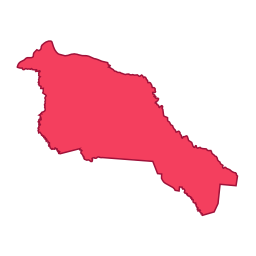 Esquina, Corrientes, Argentina (Albers equal-area conic projection), rotated 85°
{"feature_id": "61730980B30976551851614", "entity_name": "Esquina", "entity_type": "district", "adm_level": 2, "iso_a3": "ARG", "parent_name": "Argentina", "parent_adm1": "Corrientes", "projection": "albers", "projection_center": [-59.269, -29.952], "detail": "fine", "context": "isolated", "style": "filled", "palette": "rose", "viewbox_px": 256, "rotation_deg": 85, "n_neighbors": 0, "source": "geoboundaries", "source_scale": "gbopen_adm2", "svg_char_len": 5816}
<svg xmlns="http://www.w3.org/2000/svg" viewBox="0 0 256 256"><g transform="rotate(85 128 128)"><path d="M185.4,23.1L184.3,24.0L182.9,24.1L182.0,24.8L181.6,26.3L180.3,28.4L178.4,30.3L176.8,33.4L175.8,34.1L175.6,34.8L175.7,35.2L176.4,36.3L175.8,37.1L174.9,37.2L173.5,36.7L171.8,38.9L169.8,39.5L169.1,40.5L167.7,41.5L165.6,41.8L164.1,42.6L163.5,43.9L162.2,44.8L161.1,46.2L159.9,46.8L159.3,46.8L157.7,47.4L157.5,49.9L157.1,50.9L155.9,51.6L155.6,52.0L155.0,55.5L154.3,57.3L153.6,57.8L153.7,58.8L154.2,60.2L153.5,61.3L153.0,61.5L151.8,61.5L151.6,61.8L151.5,62.1L151.8,62.5L153.1,63.3L153.0,64.0L151.8,64.8L147.9,65.8L145.7,68.7L142.0,69.5L141.0,70.1L141.0,70.8L141.5,72.1L141.5,73.7L142.8,74.5L142.8,74.9L142.1,75.4L140.2,75.5L138.2,76.7L137.1,76.6L136.0,77.3L135.7,77.6L135.6,78.1L136.2,79.7L136.3,80.4L134.2,81.1L132.9,82.2L131.5,82.9L129.6,83.4L128.5,85.1L125.7,86.2L124.6,87.6L123.9,87.9L121.2,87.7L120.7,88.4L119.8,90.3L118.9,91.4L112.5,91.7L111.3,92.3L110.9,92.3L110.2,91.7L109.8,91.6L109.0,91.9L108.7,92.6L108.9,93.1L109.3,93.2L109.7,94.3L110.3,94.9L110.2,95.1L109.8,95.4L108.1,95.6L107.1,97.2L105.9,97.3L105.5,98.6L104.8,98.5L103.4,96.0L101.7,95.0L100.9,95.6L100.9,96.5L101.1,96.9L100.5,97.6L100.5,98.0L100.0,98.2L99.3,97.6L98.9,97.8L99.1,99.0L98.9,99.3L97.9,98.6L97.4,98.6L97.0,99.4L96.6,99.6L96.2,100.3L94.7,100.3L94.6,99.8L95.0,98.4L94.7,97.7L94.2,97.4L92.7,97.8L91.5,97.5L90.8,97.8L90.1,98.5L89.8,100.3L87.3,100.7L85.1,101.7L84.5,102.6L84.6,104.1L84.2,104.3L82.3,104.4L81.8,104.8L81.5,105.4L80.5,105.5L79.1,106.1L78.6,107.1L79.1,108.1L77.6,108.7L76.5,109.6L76.4,109.9L77.4,111.5L77.5,112.0L77.3,112.5L75.9,114.0L75.9,116.9L75.2,118.7L75.4,119.6L75.2,121.3L74.3,122.5L74.5,122.8L74.2,124.0L74.5,126.0L73.8,127.8L73.2,128.8L73.1,129.5L71.9,131.2L71.7,133.4L70.4,135.2L70.2,136.4L68.5,137.7L66.0,141.1L65.6,142.1L65.1,141.5L64.8,140.7L64.4,140.3L63.8,140.8L63.7,141.8L63.4,142.1L61.1,142.6L59.2,148.3L57.3,151.9L56.4,154.0L55.9,155.7L53.1,160.8L52.4,163.0L51.9,167.3L50.7,171.0L50.2,172.1L49.5,175.0L49.6,178.0L50.4,181.4L50.6,184.4L48.6,190.0L48.1,191.0L46.4,192.6L43.6,194.2L40.5,195.2L36.4,196.1L35.4,196.4L34.7,197.2L34.5,199.5L35.2,202.2L36.2,204.0L38.0,206.5L39.4,207.3L40.9,207.6L42.0,208.1L43.0,209.5L43.1,210.2L42.1,212.0L44.8,215.1L46.0,215.7L48.6,216.2L49.3,217.2L49.5,218.4L49.2,222.1L49.5,223.3L51.3,225.7L52.8,229.5L53.8,230.8L55.0,231.8L57.3,232.9L57.9,232.9L58.9,230.2L59.1,228.2L60.0,228.0L60.7,227.3L60.7,226.2L59.9,224.8L60.0,224.2L60.6,223.3L60.5,221.7L61.0,220.0L60.5,219.5L60.4,218.9L60.7,218.5L61.4,218.4L61.9,216.2L62.0,214.0L62.7,213.9L63.4,215.0L63.7,214.8L63.3,213.7L63.8,212.7L63.2,211.4L63.5,210.8L64.1,210.7L64.8,211.6L65.6,212.2L66.5,212.1L68.1,212.4L69.3,211.0L69.9,212.0L70.2,212.3L71.2,212.3L71.8,212.8L73.6,212.6L74.6,213.4L75.1,212.7L75.5,212.6L76.4,213.3L77.2,212.8L78.0,212.8L78.9,211.0L81.0,211.5L81.2,210.1L81.1,208.9L82.0,209.1L84.1,209.2L85.6,209.9L86.7,208.5L87.2,208.2L87.5,207.4L88.8,206.7L90.4,208.0L91.1,208.2L92.1,207.8L93.8,208.0L94.2,208.4L96.4,208.3L97.1,209.1L97.8,208.9L98.5,209.1L98.8,208.8L99.6,209.0L100.2,208.9L100.4,209.2L101.2,208.9L102.8,208.9L103.6,209.4L104.4,210.6L104.9,212.5L105.6,213.0L106.3,212.8L106.1,213.7L106.7,214.1L107.4,215.4L107.7,214.6L108.3,214.3L108.8,214.4L109.7,213.9L110.1,214.6L110.6,214.6L111.1,213.8L111.7,213.7L112.2,213.9L112.4,214.4L111.4,215.1L111.6,215.7L111.9,216.0L113.3,216.3L113.8,216.9L114.1,216.9L114.3,216.7L114.2,216.2L113.7,215.9L113.9,215.7L114.7,215.8L114.8,216.2L115.6,216.1L116.1,216.5L116.7,216.5L116.7,216.2L116.4,216.0L116.3,215.4L116.7,215.0L117.4,215.3L117.9,216.3L118.4,216.7L119.8,216.7L120.1,217.5L121.0,217.6L121.6,217.0L121.9,217.0L122.8,217.8L124.0,217.4L125.1,217.4L125.0,216.9L124.6,216.3L124.7,215.9L126.2,215.2L126.7,214.7L127.6,214.7L127.7,213.9L128.6,213.7L128.6,212.9L128.9,213.0L129.4,212.5L130.2,212.7L130.3,212.3L129.8,212.4L129.8,212.1L130.2,211.8L130.1,211.4L130.3,211.2L130.8,211.3L131.0,211.7L131.9,211.5L131.8,210.2L132.6,210.0L132.8,210.5L133.4,210.6L133.6,210.8L134.1,210.6L133.7,210.1L133.7,209.6L134.4,208.8L135.7,209.0L135.8,207.6L137.2,207.6L137.4,208.3L137.7,208.2L138.3,208.5L138.6,208.0L139.2,208.2L139.2,207.5L141.0,207.2L141.1,206.9L142.4,206.1L142.0,205.3L142.5,205.1L142.4,204.4L142.7,203.1L141.5,202.4L141.6,202.1L142.4,201.8L142.3,201.0L142.5,200.5L142.9,200.4L142.9,200.8L143.4,200.8L144.9,200.2L144.7,199.7L144.9,199.5L144.8,199.1L145.4,198.4L145.6,199.0L146.3,198.6L146.4,199.4L147.3,199.2L147.4,198.8L147.0,198.6L147.7,197.8L144.4,178.0L144.6,178.2L145.5,178.1L145.6,177.2L145.9,177.0L145.8,176.6L146.4,175.9L146.7,176.0L146.7,176.3L147.2,176.8L148.8,177.1L149.7,176.3L151.6,175.3L152.5,175.1L152.4,174.8L152.6,174.6L153.3,174.4L154.1,174.6L154.3,174.3L154.9,174.3L155.3,174.1L156.5,171.7L156.2,170.5L156.6,169.6L158.2,167.8L158.2,166.8L157.4,166.3L156.7,166.5L156.2,166.1L155.2,166.5L155.0,166.3L154.6,164.3L155.1,163.9L155.3,163.2L155.2,161.9L154.5,161.2L154.2,160.0L154.3,159.5L154.7,159.2L154.8,158.6L155.2,157.5L155.2,156.1L163.4,106.2L176.0,102.5L176.8,98.5L181.0,99.0L182.8,98.3L184.8,97.2L186.2,95.8L191.2,88.4L192.7,87.1L194.2,86.5L195.2,82.6L191.2,81.8L191.7,79.2L192.6,79.3L193.6,78.8L193.4,77.8L194.4,77.1L195.4,76.8L196.8,77.5L197.0,77.2L197.8,77.0L198.3,75.2L198.8,74.7L199.1,74.6L199.4,75.2L200.5,74.4L201.0,73.8L200.9,73.2L201.7,72.8L201.9,71.6L203.2,71.5L203.0,70.9L203.4,70.5L204.9,70.7L205.1,70.2L205.0,69.5L205.3,69.3L207.2,69.6L207.9,69.3L208.3,68.3L208.9,67.7L208.7,67.3L209.6,67.4L210.0,66.6L211.4,67.0L212.6,66.2L213.4,66.2L213.6,65.3L213.8,65.2L215.0,66.0L215.4,66.1L215.9,65.5L216.8,65.4L216.7,65.1L215.8,64.6L215.9,63.6L216.2,63.3L216.5,63.9L217.1,63.9L218.4,63.3L219.1,62.5L219.8,62.6L219.8,61.7L221.2,61.8L221.5,61.5L219.1,49.5L211.1,44.9L192.1,41.2L194.9,25.4L185.4,23.1Z" fill="#f43f5e" stroke="#9f1239" stroke-width="1.5"/></g></svg>